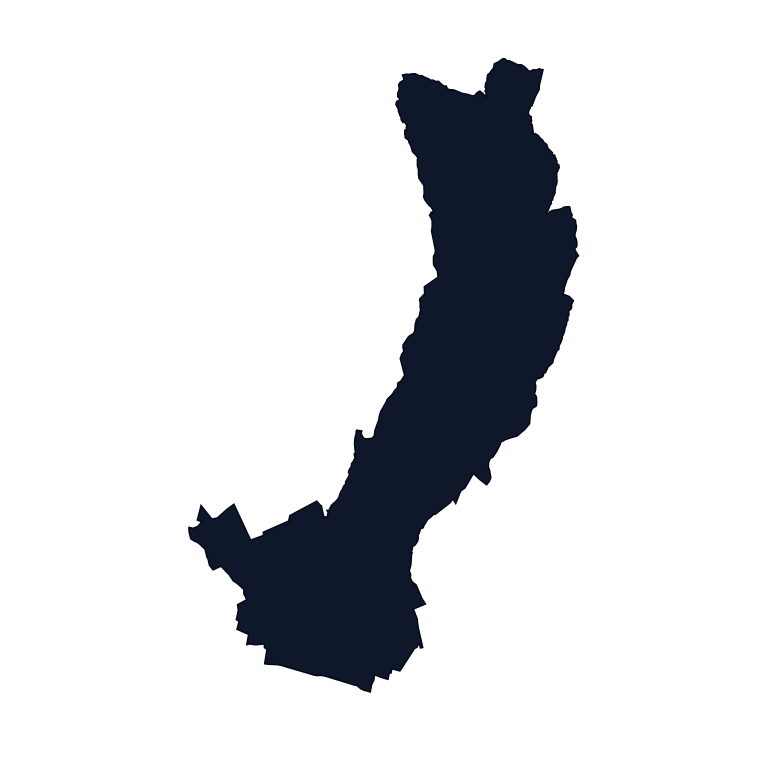 Galda De Jos, Alba, Romania, rotated 78°
{"feature_id": "2599482B67050405953805", "entity_name": "Galda De Jos", "entity_type": "district", "adm_level": 2, "iso_a3": "ROU", "parent_name": "Romania", "parent_adm1": "Alba", "projection": "robinson", "projection_center": [23.552, 46.204], "detail": "fine", "context": "isolated", "style": "filled", "palette": "ink", "viewbox_px": 768, "rotation_deg": 78, "n_neighbors": 0, "source": "geoboundaries", "source_scale": "gbopen_adm2", "svg_char_len": 6139}
<svg xmlns="http://www.w3.org/2000/svg" viewBox="0 0 768 768"><g transform="rotate(78 384 384)"><path d="M679.8,466.7L679.8,466.2L682.4,461.5L675.6,458.7L671.5,455.5L666.5,453.7L670.8,447.0L673.7,441.5L667.6,438.9L668.2,437.3L664.2,435.5L668.0,428.1L649.2,409.3L648.3,406.5L645.2,404.1L647.3,403.3L649.8,403.2L649.8,400.9L629.1,401.2L620.4,400.4L610.2,402.1L607.8,389.2L602.1,391.4L587.1,394.4L583.8,397.3L580.5,398.4L578.3,398.4L575.8,397.5L572.3,398.2L566.4,395.3L555.5,392.2L555.0,391.5L553.5,391.9L550.5,390.2L548.9,390.1L548.2,387.4L545.1,384.1L542.5,382.7L538.3,381.8L537.4,380.7L533.3,378.4L532.8,377.6L533.0,376.4L532.6,375.4L531.1,374.6L525.7,369.6L523.9,365.8L522.2,363.3L521.6,361.5L522.1,361.0L514.2,344.7L513.6,343.6L511.7,341.7L511.1,340.4L515.8,338.7L505.7,332.0L504.4,330.8L502.4,326.3L490.2,315.2L497.7,309.9L503.9,304.6L501.3,301.4L497.9,299.0L491.2,298.7L486.2,299.1L482.3,297.9L479.0,295.5L478.1,292.6L472.9,287.4L466.5,282.4L464.8,282.0L465.0,281.1L463.7,277.0L463.0,271.7L462.6,264.8L458.0,256.2L453.2,249.9L444.9,247.5L440.7,245.5L438.6,243.7L437.3,239.8L435.2,238.8L428.9,237.6L427.7,237.7L425.0,238.9L421.3,237.0L419.3,236.4L417.2,235.9L414.0,236.1L410.7,233.3L410.7,230.3L409.9,227.5L409.1,226.5L406.9,225.6L406.2,223.5L401.5,220.0L398.1,214.4L395.4,213.4L387.5,207.9L386.5,205.8L382.8,204.7L380.4,202.6L376.4,200.2L374.9,199.8L371.0,197.0L366.4,195.0L364.0,193.3L360.7,192.1L359.7,190.7L357.2,190.4L354.7,188.6L351.1,188.3L349.9,186.0L348.3,184.6L344.9,183.9L341.9,181.4L336.8,184.7L333.3,190.2L330.3,188.5L327.9,187.9L320.3,183.5L315.4,179.4L313.0,178.6L310.9,177.2L300.3,169.3L299.1,167.1L292.7,169.4L291.1,169.0L289.6,166.9L285.4,165.8L281.9,165.9L279.7,166.6L277.1,166.1L272.9,163.9L269.9,163.0L265.5,163.0L264.6,162.6L263.5,162.8L260.6,165.8L259.3,166.1L258.7,165.2L257.7,164.8L254.6,165.6L249.5,165.5L248.9,166.6L248.4,171.3L249.3,173.4L249.6,176.3L249.2,183.6L250.0,185.1L250.0,186.4L250.8,186.6L251.6,189.6L250.4,189.7L248.5,187.5L243.5,184.3L242.3,182.8L239.7,182.5L239.0,180.9L236.4,179.8L232.5,176.8L230.2,176.5L229.3,175.9L226.7,175.3L224.9,173.9L222.2,172.7L213.6,171.3L211.4,169.4L209.7,168.5L209.2,167.7L206.3,167.4L204.6,168.8L202.6,168.9L201.5,168.5L201.1,169.0L199.2,168.9L196.8,169.7L195.9,169.3L195.5,169.5L195.8,170.8L195.4,171.0L194.0,171.5L192.8,171.1L190.1,173.1L189.6,173.1L188.1,174.5L183.5,175.1L181.0,177.2L177.8,178.4L176.3,180.0L173.8,180.9L173.5,181.6L172.2,182.0L171.9,183.1L170.6,183.6L170.8,185.1L170.4,185.8L161.3,185.2L159.3,186.0L158.4,185.9L157.6,184.9L155.1,184.9L153.3,184.3L151.5,186.2L149.7,186.4L149.8,187.0L145.2,184.7L144.8,183.7L143.0,183.5L142.8,181.5L134.3,176.1L127.9,170.8L124.5,170.1L109.6,163.1L109.1,165.1L107.9,166.3L108.5,170.0L107.6,172.3L108.2,175.0L108.8,176.1L107.2,177.8L103.8,179.8L100.3,183.2L99.7,186.5L94.1,193.9L93.6,195.2L94.1,196.0L91.2,198.0L90.8,199.0L90.6,200.4L92.6,204.9L93.8,209.5L97.7,211.2L102.1,216.3L103.1,218.4L107.0,219.9L108.1,219.7L111.2,222.1L114.6,223.4L116.1,222.7L118.7,224.3L119.9,223.8L123.8,224.0L121.5,226.5L120.0,227.0L119.1,228.2L117.3,229.3L118.5,232.6L120.4,234.9L120.7,235.8L120.5,237.8L117.8,242.5L115.8,247.4L110.9,254.5L109.5,259.3L108.1,260.7L105.5,261.1L105.1,263.2L103.4,265.0L99.7,267.4L99.0,268.3L99.2,269.6L98.8,270.6L97.1,272.5L96.4,275.7L94.7,276.9L91.8,281.3L90.5,282.5L89.7,285.4L87.0,289.0L86.4,292.3L86.5,294.5L85.6,297.7L85.6,301.7L88.4,301.2L90.9,301.5L92.1,305.1L93.3,306.7L94.8,307.6L98.1,307.6L101.1,309.0L102.1,310.1L105.7,310.8L108.2,309.5L109.2,309.8L109.9,310.6L110.1,311.3L109.9,312.1L110.6,313.2L113.1,314.2L118.9,312.7L119.9,313.2L125.1,312.5L125.9,311.9L129.0,312.2L130.9,311.6L132.1,311.0L132.0,310.3L133.4,308.6L134.8,308.5L135.2,307.5L137.9,308.9L140.2,309.3L140.6,309.7L140.0,310.8L142.9,311.6L147.7,311.9L150.7,309.3L152.6,309.4L156.9,308.2L162.7,307.8L166.5,305.3L170.0,303.8L171.5,304.7L177.7,306.0L181.7,305.7L185.8,306.7L190.2,307.0L198.1,303.7L205.6,305.0L209.0,306.3L210.2,306.2L212.5,305.7L218.0,303.2L221.0,300.9L226.1,299.5L226.4,300.2L226.0,300.9L227.0,301.4L225.9,302.1L228.6,304.5L230.9,303.5L234.2,303.0L239.6,304.0L244.5,305.7L263.6,305.9L266.6,306.7L269.4,309.0L275.0,310.3L278.5,310.7L279.0,310.1L285.0,308.3L290.8,308.9L297.2,324.3L304.5,325.6L305.6,327.9L307.1,329.3L307.2,330.2L308.9,331.7L312.0,331.7L316.9,332.8L318.6,332.6L325.6,335.8L327.7,338.8L332.3,341.1L338.6,342.9L340.7,344.7L342.3,349.0L343.3,350.7L349.7,357.2L352.7,357.9L356.0,357.7L358.6,360.5L362.4,362.8L379.7,362.0L384.7,366.8L385.8,370.1L390.2,371.6L393.1,375.5L395.5,377.6L399.6,384.0L401.9,385.5L410.3,393.0L414.9,395.5L417.7,396.4L426.9,402.2L433.7,404.7L433.4,405.4L434.6,406.5L434.5,408.3L434.1,412.3L433.0,415.1L428.9,416.5L427.2,416.4L425.3,415.5L423.5,420.4L425.1,420.6L425.1,421.3L426.8,421.5L429.0,422.8L429.9,422.7L430.2,423.5L430.9,423.3L432.7,424.4L434.5,424.6L435.1,425.1L445.1,426.3L445.8,426.7L446.2,427.7L447.3,427.0L447.7,427.8L450.8,427.7L451.1,428.5L453.2,430.0L455.1,432.3L457.9,433.1L460.7,436.0L463.0,437.2L463.7,436.6L466.2,437.1L472.0,442.1L474.3,442.2L474.4,443.1L475.5,444.7L478.1,446.3L480.5,448.8L485.2,451.5L487.3,453.4L489.3,456.4L490.1,456.8L490.5,457.7L490.0,458.3L491.5,459.4L491.6,460.7L492.1,461.1L492.9,460.3L493.3,461.7L494.4,463.0L495.1,462.2L496.1,463.0L495.8,465.1L496.7,465.4L496.3,465.9L499.1,465.2L499.5,466.3L501.9,466.7L501.8,470.5L490.2,470.6L490.2,471.0L484.6,474.1L493.1,503.4L498.2,505.8L503.9,532.9L507.0,533.2L509.0,546.9L470.4,555.8L474.0,563.8L480.4,574.9L480.3,580.5L464.8,588.2L478.3,594.9L480.9,590.9L484.4,595.5L484.9,597.2L485.4,601.0L483.6,604.5L484.2,604.8L488.5,605.4L495.1,605.2L497.7,602.8L499.5,600.2L501.6,598.1L508.3,593.4L516.9,593.1L519.2,592.4L524.6,592.5L530.3,589.9L528.3,581.4L538.3,575.1L545.3,572.3L548.2,569.3L555.8,563.8L560.0,564.7L566.5,563.1L569.4,573.1L575.0,573.5L583.8,577.4L586.1,575.1L593.4,578.8L600.8,568.5L610.5,572.4L610.3,569.5L612.3,564.1L613.5,555.1L617.0,555.8L619.1,553.6L632.8,558.9L633.9,556.1L636.4,546.4L637.7,543.4L654.4,512.5L655.4,509.7L655.4,507.3L655.8,507.3L656.2,505.3L657.8,501.7L672.7,474.9L672.5,473.9L677.3,470.0L679.8,466.7Z" fill="#0f172a" stroke="#020617" stroke-width="1.5"/></g></svg>